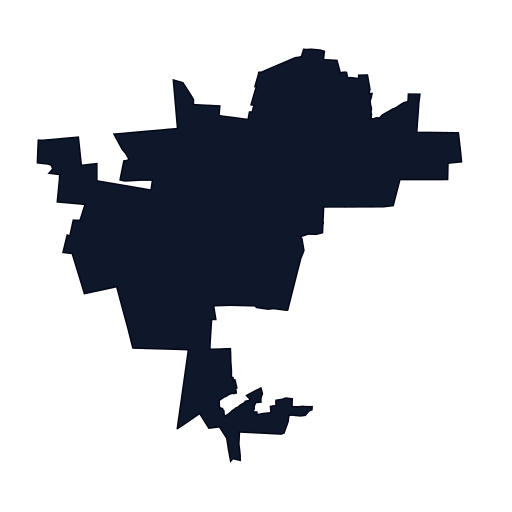 Muxupip, Yucatán, Mexico (Natural Earth projection), rotated 86°
{"feature_id": "50627088B24454448227409", "entity_name": "Muxupip", "entity_type": "district", "adm_level": 2, "iso_a3": "MEX", "parent_name": "Mexico", "parent_adm1": "Yucatán", "projection": "natural_earth1", "projection_center": [-89.31, 21.056], "detail": "fine", "context": "isolated", "style": "filled", "palette": "ink", "viewbox_px": 512, "rotation_deg": 86, "n_neighbors": 0, "source": "geoboundaries", "source_scale": "gbopen_adm2", "svg_char_len": 4386}
<svg xmlns="http://www.w3.org/2000/svg" viewBox="0 0 512 512"><g transform="rotate(86 256 256)"><path d="M422.7,346.5L420.1,341.7L412.2,328.3L409.2,323.2L424.5,315.0L423.9,304.4L435.7,297.9L446.7,297.0L458.9,295.6L456.5,293.3L458.8,285.9L457.4,285.9L453.9,285.7L447.6,285.9L442.4,286.2L430.4,284.8L435.3,244.2L435.4,242.6L434.8,241.6L434.6,240.4L423.4,235.5L417.6,234.4L417.2,233.1L417.4,230.0L417.8,228.1L417.9,227.3L418.6,223.2L418.6,220.3L418.3,219.3L418.5,218.1L414.8,214.5L413.9,212.9L413.3,210.9L410.2,210.5L410.0,214.1L409.5,218.7L409.2,219.8L409.4,224.1L409.1,226.7L408.9,230.0L407.7,230.5L401.0,229.8L400.6,231.3L400.4,233.6L399.8,235.2L399.9,236.9L400.1,237.6L400.8,239.6L401.3,246.1L403.4,246.5L405.6,246.2L406.3,247.0L406.8,247.7L406.9,248.3L406.7,249.4L407.1,251.7L407.1,252.1L413.4,252.0L413.6,259.9L414.4,266.0L411.7,266.0L411.3,269.6L410.7,269.7L408.4,268.4L406.2,268.4L402.3,266.7L402.1,262.6L402.2,261.3L398.1,261.0L395.7,260.1L394.1,259.2L392.4,259.4L388.0,260.3L389.1,262.6L390.2,265.7L394.5,275.2L396.6,273.6L398.0,272.2L399.4,272.1L399.9,275.0L400.3,277.0L401.0,277.3L401.6,277.9L403.1,281.0L403.7,282.2L405.4,284.3L406.4,287.1L407.6,288.5L408.5,290.3L410.8,293.1L413.6,297.8L411.9,298.9L408.2,298.8L407.3,299.6L406.0,300.0L405.1,301.8L405.5,303.1L404.1,302.8L403.1,303.0L397.8,302.8L397.4,302.6L394.2,297.1L394.1,295.9L393.1,294.3L392.4,293.1L391.9,291.6L391.3,289.5L391.7,287.6L391.3,285.2L389.3,285.2L387.7,285.9L387.1,285.3L386.3,284.3L378.0,285.7L378.1,287.3L375.6,287.4L375.4,289.0L368.2,288.5L359.4,288.5L350.7,288.1L346.6,288.0L346.3,298.8L345.8,308.6L344.6,308.4L341.1,308.0L329.4,306.5L322.9,305.6L316.2,304.7L316.4,302.4L316.5,300.5L302.7,301.7L303.0,294.2L303.4,284.4L304.1,277.2L304.9,268.6L305.7,260.1L307.4,259.2L309.9,247.6L309.7,243.0L309.7,242.1L310.6,237.5L312.2,229.7L312.2,228.2L275.4,216.1L265.2,212.7L261.5,211.5L253.9,207.8L241.8,209.0L239.9,210.9L238.5,205.1L238.1,203.5L237.8,202.5L237.9,201.4L238.5,195.4L238.6,194.4L238.2,192.5L237.4,188.0L230.8,187.3L226.8,186.5L226.4,186.8L220.7,186.1L211.8,185.1L212.9,168.8L213.3,163.6L213.4,161.7L214.4,146.4L215.8,125.4L215.3,115.6L189.8,107.1L193.1,59.5L176.8,58.0L176.4,44.4L161.8,44.8L161.3,44.9L161.2,44.9L147.2,45.5L144.7,75.8L143.9,87.0L137.9,86.2L136.7,86.0L133.1,85.5L131.7,85.3L128.6,84.8L126.2,84.5L125.1,84.3L115.2,83.0L106.0,81.2L106.0,81.7L105.1,92.7L112.6,93.6L113.3,97.7L114.8,100.8L117.3,104.9L118.8,108.4L118.7,109.0L123.5,118.8L124.1,120.2L124.9,121.0L126.9,123.1L126.8,123.8L126.6,126.7L127.2,128.5L127.4,129.6L127.0,132.2L125.9,131.4L124.3,131.3L123.8,131.0L122.8,130.9L121.4,131.2L119.9,131.2L118.1,130.7L117.1,130.6L116.4,130.8L115.8,130.6L113.8,131.1L110.1,131.4L108.1,130.9L107.6,130.8L107.0,130.4L106.0,130.0L101.9,128.9L102.1,132.1L97.7,130.7L83.2,132.2L82.8,141.0L85.4,141.1L86.0,141.8L84.5,149.9L84.9,152.1L79.1,152.9L78.8,154.1L78.8,157.0L79.3,159.1L66.5,161.6L64.8,175.0L56.6,173.5L55.1,177.2L53.6,186.3L53.5,191.5L53.1,194.0L60.2,196.8L60.7,199.2L60.9,202.9L68.5,225.1L73.1,238.0L72.8,240.1L73.2,240.6L74.1,240.6L87.0,245.3L87.3,243.8L90.5,245.2L104.8,250.4L104.9,250.2L105.5,247.4L108.4,248.6L112.0,249.6L111.9,252.3L111.9,252.5L119.3,254.4L116.6,267.4L114.4,278.4L113.4,283.1L103.8,281.6L102.4,292.9L102.3,294.2L100.6,307.8L95.9,307.5L95.1,307.6L88.3,311.2L78.1,316.8L74.6,326.2L123.4,325.4L123.5,335.2L123.5,335.8L123.5,336.8L123.6,337.6L123.7,341.6L123.8,348.0L123.9,357.2L124.3,375.9L124.3,376.1L124.4,378.7L124.5,389.2L134.1,384.8L135.7,384.1L138.3,382.9L139.3,382.4L140.3,382.0L144.4,379.0L150.9,375.8L151.9,379.2L151.9,381.2L155.5,382.2L163.9,384.5L166.1,385.1L170.6,386.3L171.2,384.6L172.0,381.5L172.1,378.8L172.2,370.6L172.3,365.2L172.6,361.1L172.8,358.7L173.0,354.0L182.9,356.1L182.9,356.3L169.9,409.5L152.7,408.3L153.4,423.9L125.0,424.9L125.7,461.5L125.2,464.8L125.2,465.1L138.4,466.6L147.8,467.6L149.5,458.6L149.8,456.6L151.1,454.0L154.9,452.6L159.0,456.8L161.1,445.9L161.4,446.0L163.3,446.5L163.3,446.3L166.8,446.9L188.2,450.5L192.6,422.9L198.9,425.4L208.2,429.1L207.5,435.8L223.0,440.3L221.9,442.9L239.0,448.3L240.7,439.2L271.0,432.2L281.6,429.8L276.9,397.1L305.8,391.5L319.9,388.7L339.2,385.3L339.5,382.8L340.2,375.0L340.4,373.9L342.8,349.2L343.8,339.3L344.8,330.0L353.8,331.9L385.2,338.6L392.9,340.2L403.4,342.5L405.8,343.0L408.8,343.6L414.6,344.9L422.4,346.5L422.5,346.6L422.7,346.5Z" fill="#0f172a" stroke="#020617" stroke-width="1.5"/></g></svg>